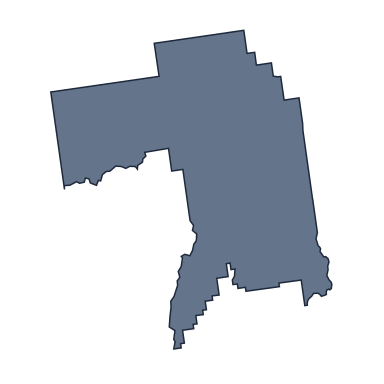 the district of Missoula, Montana, United States of America, rotated 262°
{"feature_id": "52423323B78038885777810", "entity_name": "Missoula", "entity_type": "district", "adm_level": 2, "iso_a3": "USA", "parent_name": "United States of America", "parent_adm1": "Montana", "projection": "natural_earth1", "projection_center": [-114.278, 47.116], "detail": "fine", "context": "isolated", "style": "filled", "palette": "slate", "viewbox_px": 384, "rotation_deg": 262, "n_neighbors": 0, "source": "geoboundaries", "source_scale": "gbopen_adm2", "svg_char_len": 1914}
<svg xmlns="http://www.w3.org/2000/svg" viewBox="0 0 384 384"><g transform="rotate(262 192 192)"><path d="M39.1,152.1L39.1,159.6L43.4,159.6L43.4,163.4L56.4,163.4L56.4,174.7L60.7,174.7L60.7,178.6L69.1,178.6L69.0,186.1L73.4,186.1L73.4,189.9L82.0,189.9L82.0,197.4L86.3,197.4L86.2,204.5L103.1,204.5L103.2,216.0L116.2,216.0L116.3,219.8L109.7,219.8L109.7,223.9L102.6,222.3L99.2,219.7L94.6,219.7L94.6,224.1L90.1,224.1L90.2,231.6L86.2,231.6L86.1,265.4L89.7,265.4L89.6,287.9L63.8,287.9L63.8,290.4L66.6,290.8L69.6,292.3L72.2,296.1L74.6,298.1L74.3,302.6L72.6,304.5L70.7,305.6L71.2,308.8L71.8,310.8L74.6,311.1L76.2,311.9L76.8,313.9L75.9,314.8L77.0,316.5L80.3,317.4L81.0,317.6L83.2,317.3L86.1,315.4L90.6,313.9L96.0,315.9L99.8,316.1L103.6,317.9L106.9,317.5L109.4,315.5L109.3,313.5L115.2,310.5L118.0,311.4L119.5,310.8L121.3,309.4L128.5,308.3L134.2,310.5L167.2,310.5L169.8,310.4L237.5,310.4L244.5,311.1L270.3,311.1L270.2,296.0L294.1,295.9L294.1,292.9L295.4,288.6L308.8,288.6L308.7,273.4L321.6,273.5L321.6,265.8L344.9,265.8L344.5,175.3L311.1,175.5L310.7,66.1L276.5,66.1L212.3,66.1L216.1,66.5L215.7,72.0L218.3,79.2L216.3,81.8L216.7,86.7L220.6,88.3L219.4,91.8L215.1,92.6L211.9,98.3L216.5,100.9L215.7,103.1L221.6,105.7L224.2,109.8L224.1,113.7L228.3,120.1L227.0,125.8L224.6,129.7L226.1,134.0L225.1,139.4L222.3,141.1L225.9,141.9L228.4,147.1L231.5,147.9L234.0,151.3L237.9,150.7L237.9,152.2L238.5,174.8L215.6,174.8L215.6,186.1L163.8,186.1L158.7,188.9L153.8,187.1L150.0,190.7L149.3,190.6L148.9,190.6L148.6,190.5L148.0,190.6L147.6,190.3L147.0,190.3L146.7,190.1L146.2,190.2L145.6,190.1L144.4,189.7L144.0,189.6L143.4,189.3L143.0,189.3L142.8,189.3L140.2,186.6L133.9,184.3L129.2,181.0L131.3,176.2L129.7,172.4L128.0,173.4L119.6,170.9L115.4,167.4L109.1,168.0L106.1,165.0L101.6,164.8L91.1,159.7L86.8,155.8L80.7,155.2L71.9,152.9L61.5,150.7L57.1,155.8L48.4,153.4L46.4,154.5L39.1,152.1Z" fill="#64748b" stroke="#1e293b" stroke-width="1.5"/></g></svg>